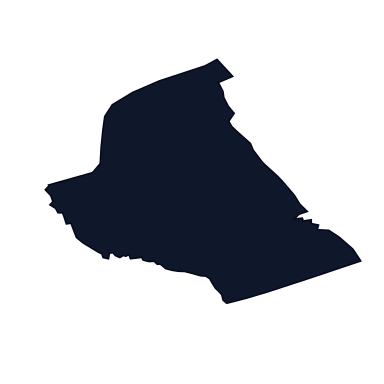 outline of Vahun, Lofa, Liberia, rotated 252°
{"feature_id": "62588387B17909685690178", "entity_name": "Vahun", "entity_type": "district", "adm_level": 2, "iso_a3": "LBR", "parent_name": "Liberia", "parent_adm1": "Lofa", "projection": "robinson", "projection_center": [-10.503, 8.04], "detail": "fine", "context": "isolated", "style": "filled", "palette": "ink", "viewbox_px": 384, "rotation_deg": 252, "n_neighbors": 0, "source": "geoboundaries", "source_scale": "gbopen_adm2", "svg_char_len": 1571}
<svg xmlns="http://www.w3.org/2000/svg" viewBox="0 0 384 384"><g transform="rotate(252 192 192)"><path d="M243.0,57.8L242.3,58.1L239.5,53.1L232.2,56.5L225.9,56.7L223.7,52.8L218.7,57.1L213.6,58.1L212.2,62.4L208.1,62.6L200.4,62.6L199.7,67.2L192.0,67.6L189.7,67.7L184.4,68.0L177.1,72.7L163.1,84.8L161.2,87.1L157.1,87.1L154.2,92.0L159.2,94.5L158.7,97.9L155.1,99.5L151.9,103.1L152.8,107.2L151.3,109.1L151.8,112.6L147.5,112.8L145.7,121.9L145.5,124.1L143.6,124.1L142.3,124.5L140.0,128.0L138.9,130.1L137.8,134.5L134.0,136.6L133.2,139.5L130.9,141.0L127.3,143.2L123.6,148.9L120.9,154.3L118.5,160.7L114.8,166.5L109.5,174.5L107.7,179.1L104.1,182.0L98.3,183.2L93.2,184.5L90.4,186.1L85.1,188.5L79.5,188.1L75.4,190.6L75.0,196.9L74.5,204.7L74.2,210.5L74.0,215.4L73.9,221.9L73.6,232.2L73.7,282.7L74.2,331.2L74.7,331.1L88.0,327.4L103.5,318.1L113.3,310.3L115.4,304.9L117.4,299.6L119.8,301.1L121.5,302.2L125.1,295.8L128.8,296.9L130.1,288.9L133.1,288.9L133.7,286.1L134.8,281.0L137.7,286.9L137.8,293.1L137.8,295.7L147.2,290.8L157.2,288.4L172.9,281.9L180.2,278.5L196.0,269.5L199.6,267.8L212.9,263.2L220.1,262.6L221.5,261.8L231.6,255.9L237.1,252.7L240.9,250.7L242.1,250.1L247.8,248.9L249.2,250.6L253.8,256.5L254.9,256.0L262.5,253.0L263.8,252.8L270.7,251.7L271.9,251.5L278.2,252.6L287.9,251.0L288.0,251.9L288.4,256.1L288.9,261.5L289.3,266.5L293.3,264.7L310.4,256.8L308.0,243.4L307.9,227.4L307.8,195.3L305.1,166.3L299.7,143.2L296.1,138.8L295.9,138.5L290.8,132.3L278.4,126.3L262.5,119.3L247.8,113.6L247.4,113.4L241.2,103.4L243.0,57.8Z" fill="#0f172a" stroke="#020617" stroke-width="1.5"/></g></svg>